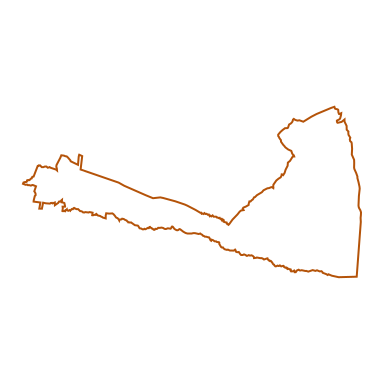 outline of San Francisco Tetlanohcan, Tlaxcala, Mexico
{"feature_id": "50627088B55823705242599", "entity_name": "San Francisco Tetlanohcan", "entity_type": "district", "adm_level": 2, "iso_a3": "MEX", "parent_name": "Mexico", "parent_adm1": "Tlaxcala", "projection": "equal_earth", "projection_center": [-98.111, 19.261], "detail": "fine", "context": "isolated", "style": "outline", "palette": "amber", "viewbox_px": 384, "rotation_deg": 0, "n_neighbors": 0, "source": "geoboundaries", "source_scale": "gbopen_adm2", "svg_char_len": 5987}
<svg xmlns="http://www.w3.org/2000/svg" viewBox="0 0 384 384"><path d="M82.2,156.1L79.2,154.7L79.1,154.9L78.7,156.8L78.0,164.8L70.7,161.3L70.3,160.3L68.0,157.6L66.7,156.4L65.3,156.2L63.9,155.6L61.3,155.3L60.3,157.8L56.5,165.1L56.3,166.8L56.8,168.3L57.0,170.4L56.1,169.6L50.5,167.7L49.6,167.1L49.0,167.4L47.7,167.7L46.4,166.5L44.9,166.5L43.5,167.1L41.7,167.1L40.1,165.4L38.7,165.4L38.5,166.0L37.7,166.0L33.6,176.6L32.4,176.8L32.1,177.2L31.7,178.4L30.9,178.6L29.5,180.1L28.8,180.3L28.4,180.0L27.2,180.2L27.0,180.6L26.9,181.5L26.6,181.8L26.2,182.0L25.1,182.0L23.5,182.5L23.0,183.8L25.6,184.8L27.1,184.6L27.9,185.2L29.1,185.1L30.9,185.6L32.3,185.0L33.1,185.1L36.0,186.3L34.3,191.3L35.1,192.5L35.6,193.9L35.6,195.2L34.8,196.0L33.7,200.4L33.6,201.6L40.4,202.5L39.3,208.6L41.9,208.7L43.1,202.7L45.8,203.3L50.0,203.6L50.8,203.0L51.7,203.1L52.0,202.9L52.6,203.4L54.8,202.5L54.9,205.2L58.2,202.9L59.1,201.5L59.8,201.5L61.0,201.0L61.4,200.3L62.0,199.8L61.9,201.3L61.6,202.3L63.6,202.7L64.4,203.1L65.1,206.4L65.0,206.7L62.6,206.7L62.8,208.5L62.4,211.0L62.9,211.2L64.3,211.0L65.2,211.3L65.5,210.8L65.6,210.0L66.3,209.8L66.8,209.3L66.9,209.9L68.2,210.8L69.5,210.1L70.2,210.7L70.4,210.2L71.1,209.9L71.7,209.1L72.8,209.2L73.1,208.7L73.5,208.7L73.7,208.1L74.1,207.9L76.3,209.1L78.1,209.1L80.1,211.1L80.9,211.1L82.4,211.7L83.1,212.4L84.4,212.5L85.2,212.1L88.6,212.5L89.3,212.1L90.9,212.3L92.6,212.7L92.2,215.2L92.9,215.3L94.6,214.8L95.8,214.9L96.0,214.1L96.3,213.9L97.9,215.5L100.2,216.0L101.2,216.7L102.3,217.1L102.9,217.6L105.7,218.4L105.7,215.6L106.2,213.3L109.2,213.6L112.4,213.4L113.5,214.2L114.9,215.8L116.0,217.4L116.6,217.8L117.5,218.1L118.7,219.4L119.3,220.6L119.7,219.5L121.5,219.4L122.1,218.7L123.7,219.0L125.1,219.9L126.6,220.5L127.3,221.4L127.9,221.7L128.3,222.4L129.2,222.3L130.0,222.6L131.0,222.4L134.9,225.2L137.8,225.6L138.3,226.1L139.6,228.3L141.1,228.5L142.5,229.3L143.6,229.3L144.4,228.8L145.0,229.2L145.6,229.2L147.8,227.9L148.8,228.2L149.4,227.7L149.5,227.0L150.0,226.9L150.6,227.7L151.6,228.0L152.2,228.8L153.0,229.0L153.6,229.7L154.6,229.8L155.0,229.1L155.4,228.8L156.4,229.0L157.3,228.7L158.2,227.8L159.4,227.9L161.6,227.6L163.2,228.0L164.4,228.8L165.4,229.0L166.0,229.0L167.8,228.3L170.6,228.7L171.5,227.5L171.6,227.0L172.1,226.5L172.7,226.7L173.1,227.1L174.4,228.9L176.0,229.9L177.1,230.3L178.1,230.1L179.4,229.1L180.2,229.3L183.3,231.7L185.6,233.0L187.4,233.5L191.8,233.5L193.3,233.1L194.8,233.1L198.7,234.0L200.3,233.5L201.3,234.4L202.3,234.8L202.9,235.7L204.1,236.1L204.9,236.7L206.2,236.7L208.5,237.4L208.9,237.3L209.3,237.7L210.6,240.4L211.1,240.7L211.4,239.6L213.1,240.2L214.6,241.3L216.2,241.4L216.9,242.0L217.7,242.1L218.8,242.1L219.3,242.7L219.3,244.0L221.0,246.9L221.9,247.5L222.9,247.4L223.7,248.5L224.8,249.3L227.0,249.9L227.9,249.6L229.8,250.5L233.8,250.6L235.1,249.6L235.6,250.3L235.9,251.5L236.2,251.9L237.3,252.2L238.8,252.0L240.2,254.1L241.1,255.0L242.8,255.0L244.0,254.4L245.8,255.1L246.5,255.8L247.3,255.8L248.8,255.1L249.9,255.6L251.6,255.3L253.0,256.1L253.9,257.0L254.0,258.1L256.3,257.8L256.8,257.5L260.0,258.1L261.8,258.1L262.7,258.7L263.3,258.8L264.0,259.5L267.4,258.3L267.6,258.4L267.6,259.1L268.1,259.7L268.6,260.1L269.1,260.2L269.3,260.8L269.9,261.1L270.6,260.8L270.9,261.0L271.6,261.7L271.7,262.2L272.3,262.6L272.8,263.7L273.3,264.3L274.1,264.7L274.3,265.3L275.3,266.3L276.1,266.3L277.6,265.6L278.4,266.0L279.2,265.9L279.9,265.4L281.2,266.4L283.3,265.8L283.7,266.0L284.0,266.9L284.9,267.5L285.8,267.4L286.1,267.9L286.8,267.7L287.1,267.9L287.3,268.9L287.7,269.1L288.6,268.7L289.6,269.3L290.6,269.3L290.9,270.0L290.6,270.7L291.1,271.4L293.0,271.3L294.2,270.5L294.5,270.9L294.7,272.2L295.7,272.2L297.0,270.4L298.7,269.7L299.6,270.4L300.3,270.5L301.7,270.2L305.4,271.0L306.2,270.9L308.3,271.6L312.7,270.1L315.4,270.9L317.0,270.3L319.7,271.4L321.5,271.2L322.3,271.9L322.7,272.8L326.2,274.1L327.7,275.0L328.5,274.3L331.8,275.7L338.7,277.2L356.7,276.7L360.8,221.9L360.6,217.9L360.9,215.0L361.0,212.3L360.3,210.2L359.2,208.3L358.7,207.0L358.5,205.5L358.9,196.0L359.7,188.7L359.5,186.7L358.5,182.1L357.4,178.0L357.4,176.5L356.2,173.1L354.4,169.1L354.1,167.7L354.2,163.0L354.1,159.8L351.8,154.6L352.1,148.8L351.7,143.1L351.4,142.2L350.2,141.2L349.8,139.3L350.3,137.7L348.5,134.8L348.3,132.8L348.4,131.5L346.7,129.7L346.6,125.9L344.7,122.0L344.5,121.1L344.5,119.5L341.6,121.9L337.7,122.8L337.2,122.5L336.9,121.4L336.9,120.6L339.6,119.2L340.2,118.2L341.0,115.2L341.2,113.2L339.3,114.1L339.0,114.0L338.4,112.4L338.2,109.9L337.7,109.4L335.6,108.9L335.0,108.6L334.4,106.8L331.2,107.9L316.6,114.0L311.4,116.7L303.3,121.7L299.4,120.3L297.5,120.6L295.2,119.9L293.8,118.9L293.0,119.6L292.5,121.5L291.8,122.5L290.8,123.5L289.1,124.5L288.0,127.7L287.3,128.1L285.0,128.2L282.5,130.1L280.4,132.0L278.2,134.6L278.2,136.0L279.0,137.1L279.5,138.3L280.9,140.1L281.0,141.7L283.2,144.8L284.5,146.2L285.3,147.3L288.2,149.5L291.3,150.9L292.2,153.6L293.2,154.9L293.8,155.3L294.2,156.5L292.7,156.6L290.0,160.9L287.9,162.6L287.6,165.8L285.6,169.7L284.6,172.9L283.2,175.1L282.0,174.3L281.7,174.3L281.5,175.6L280.7,177.3L278.5,178.7L276.3,180.5L273.4,184.7L273.2,186.5L273.4,187.3L273.3,188.1L271.8,187.1L271.4,187.1L269.0,188.1L267.4,188.3L263.5,190.3L261.9,192.2L256.9,195.2L255.0,197.1L254.1,197.3L252.8,199.5L251.7,200.2L250.5,201.5L249.4,201.4L248.8,203.3L248.6,205.0L245.8,206.6L243.4,207.6L242.7,208.6L242.7,209.4L243.4,209.7L243.6,210.1L241.1,210.5L239.7,211.6L237.5,214.4L232.5,219.6L229.1,224.3L228.5,224.8L227.7,223.9L227.3,224.1L226.7,223.4L226.6,222.5L224.1,222.0L223.6,219.9L222.7,219.4L222.1,220.6L221.5,219.8L221.4,218.8L220.3,218.9L219.7,217.8L218.5,218.1L217.5,217.4L216.9,217.5L216.1,216.7L213.6,216.7L212.6,215.4L211.3,216.4L210.2,215.6L209.7,216.1L208.8,214.5L207.9,214.8L206.6,213.8L205.3,214.0L204.5,213.1L203.4,214.0L202.7,213.5L201.7,213.8L201.2,212.7L200.4,212.8L195.5,209.9L187.2,205.6L184.7,204.5L175.3,201.3L163.2,198.0L160.3,197.4L153.0,198.2L145.7,195.2L124.3,185.8L118.6,182.6L80.6,169.5L82.2,156.1Z" fill="none" stroke="#b45309" stroke-width="2"/></svg>